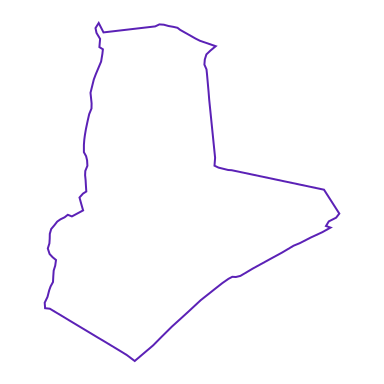 Pacatuba, Sergipe, Brazil
{"feature_id": "56859067B28654461214030", "entity_name": "Pacatuba", "entity_type": "district", "adm_level": 2, "iso_a3": "BRA", "parent_name": "Brazil", "parent_adm1": "Sergipe", "projection": "equal_earth", "projection_center": [-36.665, -10.515], "detail": "fine", "context": "isolated", "style": "outline", "palette": "violet", "viewbox_px": 384, "rotation_deg": 0, "n_neighbors": 0, "source": "geoboundaries", "source_scale": "gbopen_adm2", "svg_char_len": 1375}
<svg xmlns="http://www.w3.org/2000/svg" viewBox="0 0 384 384"><path d="M231.6,170.2L228.2,170.0L218.5,167.6L214.5,165.7L215.1,157.8L209.2,99.7L208.6,92.1L207.0,74.2L206.5,69.4L204.4,64.6L204.8,59.5L206.4,54.4L210.4,50.6L215.7,46.2L200.0,40.8L195.6,38.6L180.2,29.9L177.5,27.8L173.6,26.9L168.5,26.0L163.8,24.7L159.4,24.4L155.2,26.4L103.5,32.4L98.7,23.0L95.5,28.1L96.5,32.9L100.1,38.9L99.4,47.1L102.9,49.3L102.4,53.8L101.1,61.6L95.8,74.2L93.8,79.5L90.5,92.8L91.6,103.4L91.5,108.5L89.2,114.1L87.6,121.1L85.9,129.2L84.9,135.1L84.3,139.6L83.9,144.9L83.9,152.2L86.1,156.2L87.1,160.4L87.4,165.8L85.3,170.9L85.1,175.2L85.6,180.1L85.9,185.4L86.3,191.5L83.0,193.6L79.5,197.5L81.3,204.1L83.1,210.4L77.5,213.4L71.9,216.4L67.8,214.8L64.6,217.3L60.5,219.3L57.2,221.6L54.5,225.1L51.2,229.0L49.8,233.8L49.7,238.9L49.4,243.4L47.8,248.5L49.6,254.0L52.6,257.2L56.0,260.0L55.2,265.7L53.7,270.5L53.3,276.2L53.0,282.0L50.6,286.4L49.2,290.3L47.5,296.9L44.7,302.7L45.1,308.2L49.8,308.7L97.4,337.3L104.5,341.5L120.9,351.4L126.9,355.1L134.7,361.0L153.1,345.4L161.8,336.6L171.9,326.6L188.1,311.9L200.7,300.2L214.7,289.1L222.2,283.2L228.5,278.8L232.3,276.8L235.9,277.0L240.4,275.9L252.9,268.5L271.7,258.2L282.0,252.6L293.6,245.7L299.7,243.2L310.8,237.5L322.3,232.2L330.5,227.6L326.0,226.0L328.8,221.4L336.1,217.7L339.3,213.6L324.0,189.7L231.6,170.2Z" fill="none" stroke="#5b21b6" stroke-width="2"/></svg>